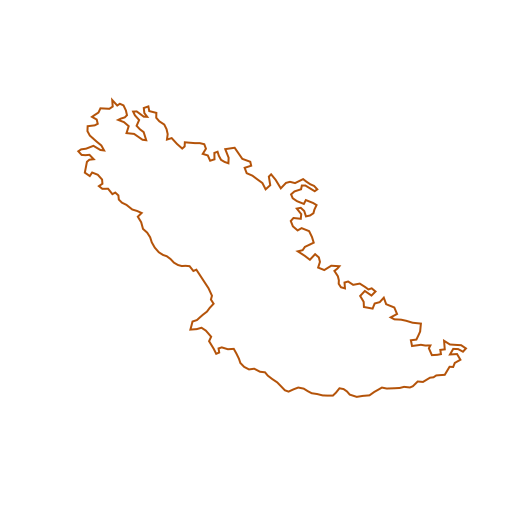 Santa Izabel do Oeste, Paraná, Brazil (Equal Earth projection), rotated 319°
{"feature_id": "56859067B10630725090155", "entity_name": "Santa Izabel do Oeste", "entity_type": "district", "adm_level": 2, "iso_a3": "BRA", "parent_name": "Brazil", "parent_adm1": "Paraná", "projection": "equal_earth", "projection_center": [-53.411, -25.778], "detail": "fine", "context": "isolated", "style": "outline", "palette": "amber", "viewbox_px": 512, "rotation_deg": 319, "n_neighbors": 0, "source": "geoboundaries", "source_scale": "gbopen_adm2", "svg_char_len": 3929}
<svg xmlns="http://www.w3.org/2000/svg" viewBox="0 0 512 512"><g transform="rotate(319 256 256)"><path d="M332.0,469.1L335.9,467.1L342.2,468.4L343.4,461.9L337.8,457.6L343.9,455.5L347.5,458.9L349.4,464.0L353.8,463.5L352.3,457.9L348.4,454.1L344.3,450.0L342.3,443.4L337.2,450.3L333.5,447.8L331.2,451.4L328.1,449.6L323.7,446.2L325.9,439.1L328.9,437.9L325.0,434.6L322.2,431.2L314.7,426.3L317.6,421.2L322.2,424.3L326.4,422.5L330.3,420.7L336.1,415.2L330.4,409.1L326.9,403.5L323.7,399.2L318.9,394.6L317.4,390.7L324.4,392.3L326.6,385.6L322.6,377.8L325.1,371.3L319.1,372.0L314.4,369.7L309.5,372.2L304.0,365.3L307.2,361.2L308.4,354.5L315.2,353.8L317.2,361.6L322.9,361.2L322.1,356.3L318.9,355.0L318.0,350.9L316.2,344.9L310.4,341.5L308.8,335.7L305.4,334.1L301.9,338.8L299.6,335.3L300.2,331.2L302.6,328.7L304.5,325.0L305.4,318.7L309.2,318.9L312.2,318.4L306.4,312.7L298.3,311.4L295.3,305.5L300.4,302.4L302.5,298.3L301.8,293.4L294.2,294.2L292.9,287.8L290.6,279.9L295.0,282.2L298.9,281.2L308.3,283.8L310.7,278.4L312.4,272.1L308.7,264.9L304.2,264.0L303.3,257.8L305.2,252.4L309.2,251.9L314.2,257.3L317.6,254.1L317.9,247.0L321.4,249.0L321.9,253.7L319.7,258.9L323.4,260.9L327.4,261.4L330.5,259.3L335.1,257.3L333.9,253.5L330.3,246.5L326.3,248.1L322.9,241.5L321.6,236.5L322.9,232.5L327.4,232.5L333.8,235.2L336.8,232.9L339.5,235.2L342.8,245.6L346.0,245.9L345.8,241.2L344.0,237.4L342.8,232.9L342.0,228.9L333.3,226.6L330.3,222.3L326.6,220.5L319.1,221.2L320.8,211.3L321.0,204.3L317.8,204.5L313.2,211.9L307.0,212.0L308.7,205.1L307.2,198.6L306.0,193.0L303.3,187.4L305.3,182.0L311.6,184.7L313.5,181.1L309.4,173.7L310.9,160.3L302.9,155.2L299.8,163.9L296.0,167.9L294.0,164.4L292.7,160.5L293.7,156.0L295.4,152.1L292.2,150.9L288.1,155.8L283.9,154.0L285.6,148.5L282.8,144.0L288.6,142.2L290.3,137.7L287.6,133.9L283.9,130.7L279.4,126.1L276.9,123.5L274.0,126.5L270.8,126.5L269.9,119.5L269.7,111.7L265.2,109.7L269.3,106.1L271.7,101.6L273.0,96.6L271.4,90.9L271.4,86.2L274.7,82.6L272.6,79.6L270.5,76.6L272.9,72.5L268.4,70.7L265.5,74.9L265.2,79.6L262.7,77.2L260.8,68.6L258.0,66.4L256.9,70.4L257.0,76.7L251.3,79.4L251.5,84.2L252.5,88.8L249.1,96.6L246.6,93.8L244.1,83.9L238.9,78.3L245.1,74.5L244.2,68.4L241.3,62.9L244.3,63.7L247.9,65.3L251.0,65.1L253.3,60.8L254.8,55.4L253.1,51.8L250.0,51.4L249.8,44.0L245.9,49.2L241.9,48.7L235.5,42.5L231.2,44.4L227.1,43.8L223.5,43.4L225.3,48.5L223.3,52.4L220.0,51.6L214.1,47.6L210.7,51.2L209.6,56.1L210.8,65.3L211.8,71.1L210.6,76.7L208.1,73.9L205.6,66.2L198.1,63.5L194.0,60.8L190.6,60.4L190.7,65.3L193.4,68.0L196.7,70.4L197.0,76.5L193.4,74.0L190.2,74.0L186.1,77.2L181.5,80.8L183.0,86.6L187.1,85.5L189.9,90.9L190.0,97.3L187.5,100.7L183.3,100.2L184.1,104.5L188.5,108.2L188.2,115.1L191.4,115.8L191.9,120.0L189.5,123.4L189.8,127.8L191.8,132.5L193.1,139.7L195.8,144.0L197.9,148.5L192.6,148.8L191.5,155.2L188.5,161.4L189.2,167.0L188.4,172.4L186.3,177.3L185.1,183.2L185.1,189.4L186.5,194.2L188.5,197.6L189.5,202.2L189.7,207.2L191.2,211.6L193.4,214.9L196.4,217.2L199.2,220.1L198.9,226.2L202.0,227.2L199.0,249.2L196.7,257.1L193.4,259.3L192.7,264.2L187.0,264.8L182.5,265.8L177.5,265.5L173.8,265.5L169.4,265.6L165.1,263.8L161.2,266.5L158.2,268.5L163.3,272.3L167.8,274.4L169.2,279.4L169.2,287.5L164.7,289.5L163.2,298.3L161.8,303.7L164.9,304.7L167.1,301.2L170.2,302.5L173.6,307.9L178.3,311.5L177.2,316.8L175.7,322.4L174.0,326.5L174.3,331.9L176.3,337.0L180.7,339.9L183.1,346.0L186.5,349.7L186.4,354.0L187.5,359.4L189.1,365.3L189.4,370.4L189.7,376.3L191.6,379.7L197.0,381.3L201.6,383.0L205.0,387.4L206.4,392.0L208.0,396.1L211.6,400.3L214.8,404.9L218.4,408.3L222.4,411.8L226.6,411.6L232.2,410.6L234.8,413.9L235.8,417.9L235.8,422.1L239.6,428.4L244.9,431.7L250.2,435.6L256.2,436.2L260.5,437.1L264.7,437.9L267.7,441.8L273.8,446.7L277.9,449.9L281.9,451.9L285.9,456.2L288.9,457.2L295.7,456.8L299.4,460.6L303.5,461.3L307.5,462.0L310.4,464.0L313.7,464.4L316.4,466.4L320.5,469.5L329.4,466.6L332.0,469.1Z" fill="none" stroke="#b45309" stroke-width="2"/></g></svg>